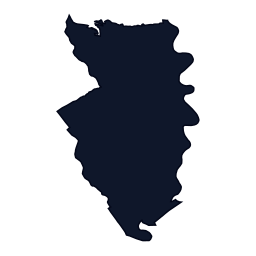 Branesti, Gorj, Romania
{"feature_id": "2599482B28130291705267", "entity_name": "Branesti", "entity_type": "district", "adm_level": 2, "iso_a3": "ROU", "parent_name": "Romania", "parent_adm1": "Gorj", "projection": "albers", "projection_center": [23.464, 44.658], "detail": "fine", "context": "isolated", "style": "filled", "palette": "ink", "viewbox_px": 256, "rotation_deg": 0, "n_neighbors": 0, "source": "geoboundaries", "source_scale": "gbopen_adm2", "svg_char_len": 5545}
<svg xmlns="http://www.w3.org/2000/svg" viewBox="0 0 256 256"><path d="M126.5,235.0L129.8,235.9L136.5,238.6L142.4,240.5L143.3,240.6L148.5,240.5L149.1,240.5L149.5,240.2L150.4,239.4L151.2,237.8L151.6,236.7L151.6,236.1L151.4,235.7L150.3,233.9L149.0,232.5L145.8,230.7L142.8,230.3L141.1,230.4L139.9,229.9L139.3,229.4L138.7,228.4L138.3,227.1L138.2,225.9L138.5,224.7L139.2,223.3L139.8,222.4L140.8,221.1L141.6,220.5L141.9,220.3L142.5,221.6L142.3,221.8L143.0,222.7L146.5,224.1L148.5,225.2L149.3,225.3L150.4,225.2L155.6,225.1L154.3,222.4L161.5,216.5L162.2,216.0L165.1,213.5L169.1,210.3L181.2,202.1L178.6,201.8L178.4,201.5L177.4,201.2L176.7,200.7L175.4,199.6L174.5,200.3L173.4,200.7L172.4,201.4L171.7,201.6L170.7,201.6L171.0,200.7L172.2,198.0L172.8,197.0L173.3,196.4L174.5,195.5L175.5,194.9L177.5,194.2L178.2,193.6L179.9,191.3L180.3,190.5L180.8,189.4L181.1,187.8L181.2,186.9L180.9,186.0L180.4,185.0L178.8,182.6L178.4,181.5L176.5,178.4L175.9,177.1L175.8,175.5L176.0,173.3L177.1,169.6L178.6,167.5L180.1,165.7L181.6,163.3L181.7,162.2L181.8,159.6L181.5,157.6L181.6,155.8L181.7,155.2L182.7,153.2L184.0,151.5L185.2,150.2L186.5,149.2L188.9,147.7L190.0,146.3L190.3,145.3L190.4,144.9L190.1,143.1L189.2,141.4L188.3,140.6L185.0,136.0L184.1,134.1L183.5,132.0L183.2,130.3L183.0,127.0L183.3,126.3L184.0,125.5L185.3,125.2L191.2,125.4L194.5,124.8L196.2,124.1L197.7,122.9L198.7,120.9L198.8,120.5L198.8,119.5L198.2,117.4L197.1,115.0L195.9,113.3L192.3,109.1L188.4,105.3L184.9,102.1L183.5,99.8L183.3,99.2L183.3,98.1L183.4,97.5L183.7,96.6L184.7,94.9L185.2,94.4L185.8,94.1L188.9,93.6L190.3,93.2L192.0,92.5L192.7,92.0L193.2,91.4L193.6,90.8L193.7,90.1L193.8,89.3L193.8,88.1L193.7,87.7L193.5,87.4L191.7,86.1L190.8,85.6L189.7,85.5L186.4,85.9L185.1,85.7L183.6,85.3L181.7,84.3L180.7,83.6L179.6,82.3L179.2,81.7L179.0,81.1L179.1,76.6L179.2,75.9L180.0,73.9L180.5,73.2L184.4,70.2L190.6,64.3L192.3,62.3L192.8,61.5L193.1,60.1L193.2,59.6L193.0,58.5L192.4,57.1L191.7,55.8L191.1,55.0L190.6,54.6L189.4,53.9L188.6,53.6L185.9,53.2L182.7,53.1L180.0,53.5L177.9,53.3L177.4,53.1L175.6,51.9L174.4,51.0L173.8,50.2L173.3,49.3L172.9,47.5L172.6,45.4L172.7,43.2L173.1,41.9L173.9,39.9L176.0,36.4L177.7,33.8L178.0,33.1L178.4,31.5L178.4,30.6L177.9,29.1L177.5,28.4L176.8,27.5L172.2,25.1L170.3,23.9L168.9,22.7L167.8,21.1L167.5,20.6L167.5,20.4L166.3,20.4L163.9,20.1L162.8,20.1L163.2,23.1L160.1,23.2L159.7,23.4L159.3,23.9L158.3,24.1L154.0,24.2L153.7,24.3L153.4,24.7L150.3,24.6L144.0,25.5L143.8,25.0L143.9,24.7L143.5,24.5L143.2,24.1L142.7,24.2L142.4,24.3L141.9,24.7L141.9,24.9L142.2,25.4L142.1,25.9L141.8,26.2L141.1,26.2L140.8,25.9L139.7,25.9L138.6,25.5L137.4,25.5L137.3,26.0L137.1,26.1L136.4,25.9L135.3,26.1L134.6,26.0L133.1,26.4L132.1,26.9L130.2,26.3L129.8,26.4L129.3,26.3L128.7,26.4L127.9,26.4L126.0,26.2L124.6,26.3L123.8,26.5L123.3,26.1L122.7,24.5L122.4,24.2L120.9,24.5L120.0,25.2L119.3,25.1L116.8,24.2L116.2,23.7L115.2,23.4L112.0,22.9L111.4,22.5L110.2,21.3L109.0,20.6L108.1,20.2L107.5,20.2L106.0,20.8L104.8,21.5L105.0,21.8L105.2,23.5L103.4,23.3L102.4,22.4L102.1,21.8L101.7,20.7L101.5,20.3L101.0,20.0L100.6,20.1L100.2,20.6L98.7,21.2L97.8,21.2L96.3,21.0L94.8,21.5L95.0,21.9L97.4,22.4L98.6,22.9L98.8,23.1L102.2,24.2L102.3,24.3L101.7,25.0L102.8,25.4L102.7,25.8L98.8,24.8L97.8,24.3L95.6,23.8L95.1,23.9L95.8,25.3L96.6,25.5L97.2,25.9L97.7,26.9L99.1,27.9L99.6,28.7L100.2,30.8L100.2,31.4L100.1,31.9L100.4,33.1L100.3,34.9L100.3,36.2L97.9,35.7L96.2,35.6L94.8,35.1L94.8,34.5L94.6,33.6L97.6,34.1L98.0,33.3L98.0,33.1L97.6,32.7L97.2,31.7L97.1,31.0L96.7,30.6L95.5,30.3L95.0,30.0L95.0,29.9L95.8,29.9L95.9,29.7L94.6,29.0L93.9,28.8L93.3,29.1L93.0,29.1L92.9,28.6L92.7,28.7L92.8,28.1L91.6,27.7L90.1,28.1L89.0,28.2L87.0,27.4L88.2,25.7L87.2,25.3L83.3,24.7L77.6,24.1L75.4,23.5L74.6,23.0L73.3,22.5L73.0,22.1L72.5,21.3L71.0,18.9L70.0,16.8L69.2,15.4L68.3,18.0L66.4,21.6L66.3,22.0L66.3,22.5L66.9,24.0L67.1,27.1L66.9,27.6L65.9,29.3L65.6,30.5L65.1,31.3L65.0,31.7L65.4,32.5L66.6,34.3L69.0,37.1L69.5,38.3L69.8,40.1L71.3,42.8L71.7,43.3L73.1,44.3L74.5,45.4L74.8,45.8L75.0,46.4L74.9,48.3L74.8,49.0L73.9,50.3L73.3,51.8L73.3,52.3L73.6,53.2L75.0,55.5L76.0,56.3L79.0,59.5L79.7,60.0L81.0,60.6L81.6,61.1L84.3,61.9L84.8,62.3L86.7,64.0L87.4,65.2L88.3,66.1L88.3,66.7L88.6,67.8L88.8,69.2L88.9,70.9L89.1,71.8L89.4,72.6L89.6,73.8L89.7,74.1L91.1,75.6L91.8,75.9L92.8,76.0L93.9,76.5L95.7,77.7L96.3,78.4L96.9,79.3L98.4,82.4L99.0,84.5L99.9,85.8L101.0,87.0L99.9,87.6L99.5,87.9L99.0,88.5L97.8,88.4L95.4,89.0L94.4,89.1L93.0,90.1L92.1,91.0L91.4,91.4L89.1,92.1L88.6,92.8L88.2,93.6L87.1,93.9L86.2,94.8L85.8,95.0L85.6,95.6L85.2,96.0L83.1,96.3L82.7,96.7L80.6,97.5L77.8,99.8L76.7,100.6L75.8,101.0L73.2,101.7L71.9,102.5L69.8,103.8L66.9,105.5L62.2,107.9L57.2,111.4L59.3,114.0L65.6,122.3L69.8,127.4L67.3,129.8L71.9,135.0L75.6,137.2L78.0,139.6L78.4,140.3L78.5,140.8L78.3,141.9L76.2,147.9L75.8,149.4L75.6,150.1L75.5,151.5L75.0,153.7L75.0,154.6L75.7,157.6L80.0,160.8L81.1,161.9L82.6,165.1L83.4,167.0L83.6,167.9L83.4,169.1L82.8,171.6L82.5,173.7L84.2,176.8L85.0,178.0L86.3,179.0L87.9,179.9L89.3,181.2L90.2,182.9L91.1,184.9L91.5,185.3L92.2,185.8L92.9,186.0L93.8,185.8L94.3,186.2L96.0,187.2L96.7,187.8L97.9,189.1L99.6,190.5L100.8,191.6L101.1,191.6L101.4,191.8L101.7,192.4L101.8,192.9L101.8,193.6L101.9,194.0L102.2,194.4L103.0,194.8L104.6,195.1L105.4,195.4L107.0,196.4L108.2,197.6L108.4,198.3L108.5,199.5L108.3,200.0L108.3,200.5L107.7,201.5L107.6,202.2L108.0,203.2L109.9,206.4L110.6,207.0L108.4,208.5L109.5,210.0L110.6,211.8L116.6,220.0L117.7,221.7L118.8,223.0L120.6,225.4L124.5,231.0L125.9,233.3L125.8,233.5L126.5,235.0Z" fill="#0f172a" stroke="#020617" stroke-width="1.5"/></svg>